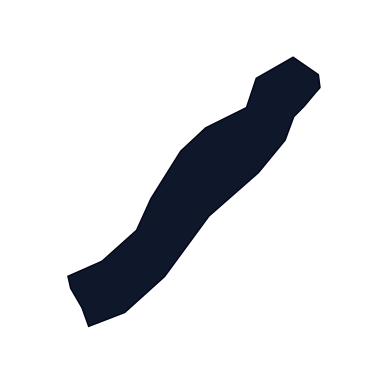 map outline of Aerodrom (Equal Earth projection), rotated 101°
{"feature_id": "MKD-2937", "entity_name": "Aerodrom", "entity_type": "Municipality", "adm_level": 1, "iso_a3": "MKD", "parent_name": "North Macedonia", "parent_adm1": "", "projection": "equal_earth", "projection_center": [21.482, 41.951], "detail": "fine", "context": "isolated", "style": "filled", "palette": "ink", "viewbox_px": 384, "rotation_deg": 101, "n_neighbors": 0, "source": "natural_earth", "source_scale": "10m", "svg_char_len": 455}
<svg xmlns="http://www.w3.org/2000/svg" viewBox="0 0 384 384"><g transform="rotate(101 192 192)"><path d="M46.1,125.1L40.4,118.5L52.7,90.4L55.6,89.4L65.1,86.3L70.5,89.5L86.6,98.4L98.7,106.5L123.3,110.5L160.3,130.5L212.4,170.8L280.2,202.8L323.0,235.0L343.6,267.8L326.6,277.9L309.7,292.7L298.4,297.7L277.1,267.1L240.1,239.1L206.2,231.0L154.1,210.9L126.4,190.8L98.7,154.6L68.1,150.6L46.1,125.1Z" fill="#0f172a" stroke="#020617" stroke-width="1.5"/></g></svg>